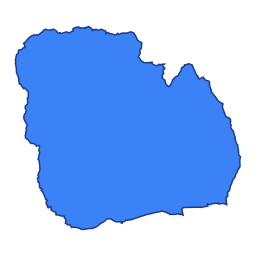 Aricestii Zeletin, Prahova, Romania (Mercator projection)
{"feature_id": "2599482B40802977516899", "entity_name": "Aricestii Zeletin", "entity_type": "district", "adm_level": 2, "iso_a3": "ROU", "parent_name": "Romania", "parent_adm1": "Prahova", "projection": "mercator", "projection_center": [26.154, 45.226], "detail": "fine", "context": "isolated", "style": "filled", "palette": "blue", "viewbox_px": 256, "rotation_deg": 0, "n_neighbors": 0, "source": "geoboundaries", "source_scale": "gbopen_adm2", "svg_char_len": 5623}
<svg xmlns="http://www.w3.org/2000/svg" viewBox="0 0 256 256"><path d="M226.7,204.7L226.1,199.1L226.1,197.3L227.3,196.7L227.7,196.3L227.6,194.9L227.8,193.6L227.5,193.3L227.5,192.4L228.4,191.4L229.1,191.0L229.3,190.6L229.9,188.9L230.3,186.6L231.1,184.4L231.8,183.2L232.1,181.8L232.7,180.5L232.8,179.8L233.6,178.7L234.4,178.0L235.0,177.0L235.9,173.9L236.9,172.7L237.2,171.4L238.0,169.9L240.0,166.6L239.8,160.2L240.2,157.7L240.6,156.9L239.4,155.8L238.7,154.5L238.5,151.3L238.3,149.4L237.8,147.4L237.8,145.9L237.6,144.9L236.5,143.7L236.0,142.1L235.5,140.6L235.1,137.5L234.1,134.2L233.8,133.5L233.4,131.2L231.0,128.4L230.7,127.7L231.1,125.3L231.0,124.8L230.3,123.8L230.6,121.0L230.4,119.5L229.1,117.9L226.0,116.7L225.1,115.1L224.7,113.3L223.1,109.4L222.5,107.5L222.5,105.3L222.9,104.3L222.7,104.1L222.8,103.6L220.7,102.8L218.6,101.2L217.2,99.6L215.7,97.2L213.7,95.0L212.4,93.0L211.6,92.6L211.4,92.0L211.2,90.1L209.5,85.2L209.6,83.2L209.0,81.2L205.2,80.0L203.2,77.1L199.4,78.9L199.2,78.6L198.7,78.5L198.3,78.2L198.4,77.3L198.3,76.9L197.7,76.4L197.6,75.9L197.0,75.6L196.0,73.9L192.0,64.8L188.7,63.7L188.1,64.1L187.1,64.2L185.9,64.9L184.5,64.9L184.3,66.2L183.6,66.5L183.3,66.9L182.0,67.4L181.6,67.8L181.0,70.7L179.1,73.4L178.6,75.1L178.3,75.5L175.2,77.1L174.4,78.3L173.0,79.4L172.5,80.3L172.1,81.8L171.3,83.2L170.8,84.8L169.3,86.0L168.3,86.6L165.9,84.2L165.3,81.8L164.7,80.0L162.2,78.0L162.3,77.0L162.0,75.9L163.0,74.3L163.1,74.0L162.8,73.9L162.8,73.5L163.6,73.3L163.2,71.5L163.1,70.1L163.9,69.3L164.7,68.8L164.8,68.4L164.4,67.6L164.0,67.6L162.5,65.0L164.0,64.2L162.5,64.1L161.0,64.7L158.8,64.3L158.0,65.1L156.8,65.7L155.8,65.5L154.4,65.2L152.6,64.0L152.2,63.5L152.0,62.2L151.1,62.6L150.9,62.9L150.5,62.6L150.4,62.3L148.4,62.9L146.7,62.6L145.9,62.9L144.5,62.7L144.0,62.6L141.1,60.7L140.2,59.4L138.4,56.5L139.6,54.7L140.3,52.7L140.3,52.0L139.6,50.5L139.6,50.1L140.0,49.4L141.1,48.8L141.3,48.4L141.6,45.7L141.4,44.8L141.9,43.4L141.2,42.2L139.2,41.7L138.7,41.0L138.0,40.5L136.7,38.6L136.5,37.2L135.6,36.5L135.2,35.0L134.2,33.9L134.1,33.3L133.8,32.9L130.7,31.8L126.9,33.1L125.8,33.0L124.7,33.3L123.6,32.9L122.2,33.3L121.3,33.3L120.0,34.1L118.9,34.4L118.4,34.3L118.1,33.4L117.7,33.3L115.7,34.9L114.8,35.1L114.0,34.5L109.7,33.5L108.9,33.1L108.4,33.1L107.5,32.4L107.0,32.5L106.4,33.4L106.0,33.7L105.8,33.4L105.8,32.0L105.5,30.9L103.3,30.3L101.6,29.2L100.7,29.4L99.4,30.2L96.5,29.7L95.9,29.2L94.9,30.0L94.4,29.9L93.5,29.4L93.2,29.5L92.9,30.4L92.4,30.6L92.2,29.7L91.6,28.9L91.2,28.6L91.0,28.1L88.6,26.5L87.9,27.0L85.7,27.4L85.5,27.6L85.7,28.1L83.5,27.8L82.3,28.2L80.8,27.8L79.6,28.2L79.4,28.1L79.1,27.2L78.5,27.0L77.4,27.0L76.5,27.4L74.9,27.6L72.9,29.0L72.9,29.5L73.3,30.5L73.2,31.0L71.3,31.6L70.3,32.6L69.3,32.8L66.3,31.9L61.7,33.4L60.9,33.4L59.8,32.6L58.8,33.1L58.1,33.1L57.1,32.1L56.5,30.9L54.7,30.0L53.7,29.1L53.0,29.2L51.7,30.0L50.6,29.6L49.9,30.1L49.5,30.2L47.3,30.0L45.9,29.3L44.5,29.6L43.2,30.5L42.7,31.8L41.4,32.5L38.6,34.9L36.4,34.8L35.3,35.3L34.6,35.0L33.6,35.0L31.0,36.2L30.0,36.9L26.7,40.2L26.4,41.0L23.6,43.3L23.7,43.7L24.4,44.1L24.5,46.0L25.3,47.1L24.2,47.7L23.0,48.0L21.9,49.3L20.5,49.9L19.4,49.8L18.8,50.1L18.4,50.7L18.2,53.2L17.8,53.7L16.7,54.5L16.1,56.4L15.9,58.3L15.4,59.3L15.7,61.7L15.4,63.1L16.4,68.7L16.4,71.9L16.9,73.6L18.0,76.2L18.8,78.8L18.7,80.2L19.0,81.3L19.2,82.6L19.1,83.3L19.8,84.2L20.7,84.3L21.9,86.5L23.1,87.6L23.3,88.6L24.2,88.2L24.8,88.3L25.5,88.8L27.0,90.5L27.6,90.8L28.0,91.6L28.3,93.0L28.3,96.9L27.3,98.5L27.6,100.0L27.5,101.1L27.7,102.5L27.6,103.7L27.3,104.2L26.4,104.9L25.3,106.1L25.2,108.3L26.0,109.5L26.1,110.6L25.5,113.1L24.2,114.8L23.8,117.6L23.9,118.5L24.7,120.7L25.5,122.0L26.0,123.2L27.0,124.2L27.3,125.0L26.1,128.0L26.2,129.8L26.5,130.7L25.8,131.9L25.8,133.5L25.3,135.0L25.5,138.0L26.3,138.4L26.9,139.1L28.0,139.5L28.5,140.4L29.5,141.4L30.1,142.7L30.8,143.2L32.0,143.6L33.0,143.4L33.9,143.7L35.5,144.6L36.4,146.1L36.9,146.1L38.5,145.5L39.2,145.7L39.6,146.2L39.4,147.2L39.3,148.4L38.8,150.3L39.6,152.6L39.6,153.2L38.9,155.4L38.9,156.2L38.1,159.4L38.9,160.3L39.2,161.1L39.4,163.7L39.8,165.2L39.7,166.9L40.0,169.1L39.6,170.9L38.3,173.7L38.3,174.6L38.0,175.4L38.6,176.4L38.7,177.1L37.5,178.1L37.4,178.4L38.1,180.1L37.9,181.9L38.1,182.1L39.3,182.5L39.2,183.3L39.4,183.9L39.5,184.9L39.4,186.6L40.2,188.3L41.4,188.4L42.0,188.8L42.0,189.5L41.2,189.9L41.1,190.2L42.5,191.7L43.1,192.8L45.4,198.1L45.6,199.6L46.6,199.7L47.4,200.3L46.2,201.9L46.1,202.7L46.7,204.8L47.7,205.8L47.6,206.8L47.7,207.4L48.2,207.8L48.8,207.8L50.3,206.7L51.0,206.7L51.2,207.5L50.9,209.1L51.1,209.9L52.8,211.2L55.5,212.2L56.0,212.8L55.8,214.5L56.2,214.9L58.6,215.0L61.1,216.0L64.0,216.1L64.3,216.7L64.2,217.6L64.4,218.0L65.2,218.5L65.9,219.8L66.0,220.5L65.6,221.1L65.7,222.4L65.4,223.3L68.1,224.9L70.0,224.9L70.4,225.2L70.7,226.3L71.5,227.1L71.7,227.5L73.3,227.0L74.6,227.4L76.5,227.4L79.4,228.3L80.5,229.0L82.6,229.5L85.4,229.2L88.6,228.5L91.1,228.6L93.5,228.1L97.1,226.4L100.2,223.8L104.6,221.2L106.7,219.2L107.5,218.9L109.1,218.7L110.6,218.9L114.9,221.3L116.1,221.8L117.6,221.9L121.2,221.6L121.1,222.9L122.3,223.1L122.6,221.8L123.5,221.8L125.4,220.8L125.8,220.3L130.7,219.8L147.1,214.4L149.9,213.9L154.2,212.7L161.0,211.4L162.2,210.8L163.6,211.7L166.6,212.2L167.3,213.1L169.5,213.8L169.7,214.4L172.0,214.3L174.0,214.5L176.2,214.1L177.2,213.7L178.1,213.7L179.1,214.3L180.2,214.4L180.7,214.1L181.1,214.5L181.8,214.5L183.1,215.1L182.3,211.9L182.1,210.2L181.8,210.0L181.7,209.4L182.1,208.2L184.2,207.5L198.6,207.2L201.1,207.4L207.7,206.1L207.4,205.7L207.5,203.9L208.5,204.6L209.2,204.7L214.1,203.3L217.1,203.4L218.4,203.0L218.6,204.0L222.9,203.4L224.5,203.7L226.7,204.7Z" fill="#3b82f6" stroke="#1e3a8a" stroke-width="1.5"/></svg>